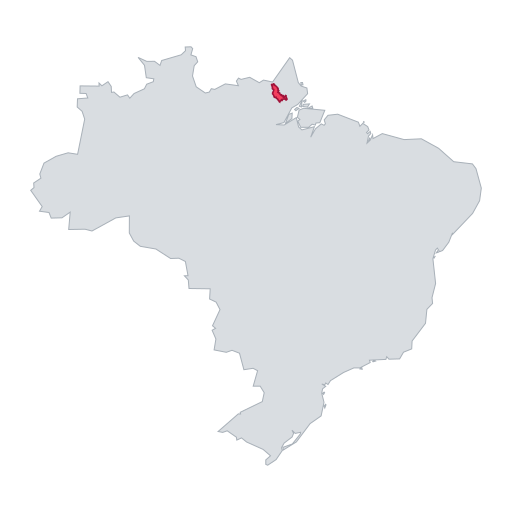 location of Pedra Branca do Amapari, Amapá, Brazil
{"feature_id": "56859067B11147941217560", "entity_name": "Pedra Branca do Amapari", "entity_type": "district", "adm_level": 2, "iso_a3": "BRA", "parent_name": "Brazil", "parent_adm1": "Amapá", "projection": "albers", "projection_center": [-52.393, 1.236], "detail": "fine", "context": "in_parent", "style": "filled", "palette": "rose", "viewbox_px": 512, "rotation_deg": 0, "n_neighbors": 0, "source": "geoboundaries", "source_scale": "gbopen_adm2", "svg_char_len": 6999}
<svg xmlns="http://www.w3.org/2000/svg" viewBox="0 0 512 512"><path d="M113.9,92.0L119.9,97.2L127.5,94.9L129.8,98.2L134.1,93.5L144.4,88.8L146.7,84.2L153.3,81.7L153.8,78.8L146.3,77.7L144.5,65.3L138.1,57.4L146.8,61.4L154.5,61.3L160.0,65.4L161.7,60.5L181.2,54.8L185.5,50.7L185.2,47.0L191.0,46.8L192.7,48.6L190.9,54.9L196.0,56.7L197.7,61.8L194.2,65.7L192.5,76.0L196.2,86.8L205.3,93.0L209.3,92.1L211.3,88.7L214.8,89.4L225.3,83.9L238.4,85.7L236.4,81.1L238.5,78.1L241.1,79.4L249.7,77.3L259.3,82.7L263.5,80.1L272.6,82.0L289.7,57.7L292.5,60.2L298.3,82.6L301.2,86.1L306.9,88.0L307.6,93.7L297.8,104.4L291.8,107.9L283.9,122.6L276.0,124.6L284.2,125.0L296.3,117.6L298.6,127.0L301.9,129.9L314.4,126.7L310.7,137.2L315.5,128.8L321.3,123.9L324.1,125.3L325.4,123.8L324.2,119.9L328.0,115.3L337.7,114.2L358.4,122.2L359.9,126.3L362.8,123.4L367.7,126.6L369.0,130.0L366.5,132.5L367.6,133.7L370.2,131.4L370.8,133.6L368.5,136.0L367.0,143.2L370.2,140.2L372.6,134.8L373.0,138.6L382.3,133.6L404.1,139.6L421.4,138.8L438.6,148.3L453.7,161.7L472.4,163.9L476.0,168.7L481.3,188.1L479.6,200.7L472.6,213.4L452.6,234.4L452.5,232.8L448.8,242.2L442.6,250.5L439.6,251.7L437.3,248.1L435.5,250.0L432.9,258.8L435.6,283.5L432.0,297.7L432.6,303.4L426.9,309.3L425.5,323.3L412.1,341.0L411.7,348.9L403.5,352.2L399.6,358.9L389.0,359.2L386.7,356.7L385.9,359.4L369.4,360.2L370.2,362.5L359.9,367.9L353.9,367.9L343.5,372.5L330.5,380.6L328.0,384.5L325.7,383.0L324.8,384.8L321.8,384.0L325.7,386.3L322.6,388.8L321.7,393.1L324.0,402.3L321.1,415.9L310.1,423.6L296.4,441.9L283.3,450.0L283.0,447.3L292.3,444.0L300.3,434.0L300.6,432.3L295.2,433.4L292.0,430.2L293.6,433.3L292.1,437.0L284.1,443.1L281.5,447.8L282.3,450.5L276.1,459.6L267.7,465.2L265.8,464.4L265.8,459.9L270.5,455.8L263.1,449.4L246.6,442.0L241.5,437.9L236.8,440.1L236.4,437.2L227.2,430.8L222.7,432.4L218.1,431.5L238.3,413.9L240.6,414.0L240.2,412.3L262.3,401.6L264.2,392.7L260.2,386.2L253.2,386.2L257.6,370.7L253.1,368.3L243.9,369.7L239.5,353.2L232.0,350.3L226.3,352.3L214.1,349.9L215.9,339.0L212.1,330.2L215.6,328.3L212.5,325.8L220.0,309.6L216.1,302.1L209.6,299.0L210.2,288.8L189.0,288.5L188.3,280.0L184.4,275.8L188.0,275.7L185.4,261.5L178.8,258.2L170.6,258.5L155.9,249.0L140.3,246.3L133.7,241.1L129.3,233.0L129.4,215.9L115.8,217.9L92.0,231.0L85.0,229.2L68.7,229.5L70.2,212.1L62.0,217.8L51.2,218.1L49.0,212.5L39.5,211.2L42.2,206.6L30.7,190.3L34.0,187.6L33.7,183.0L40.9,178.2L39.8,174.0L44.0,163.1L56.1,156.3L68.1,152.8L77.6,154.3L84.7,119.1L82.1,111.3L77.2,107.0L77.5,98.8L87.8,98.0L86.1,93.5L79.9,93.3L80.1,85.9L99.1,86.1L99.0,83.0L101.9,85.8L108.0,81.7L111.2,86.4L111.5,92.4L113.9,92.0ZM303.6,108.3L324.8,110.3L319.8,122.7L316.0,123.0L315.3,125.1L312.1,124.2L308.7,127.3L300.7,127.3L297.8,121.1L299.9,119.5L297.4,117.3L299.1,110.1L303.6,108.3ZM285.5,123.3L288.8,114.4L292.2,113.1L291.9,118.6L285.5,123.3ZM309.5,103.9L307.4,107.2L302.6,106.4L303.4,104.3L309.5,103.9ZM302.2,100.2L301.4,107.0L299.3,106.3L302.2,100.2ZM312.8,108.2L309.8,108.6L308.4,108.0L312.1,106.0L312.8,108.2ZM299.0,108.4L295.9,110.7L294.6,109.5L296.9,107.5L299.0,108.4ZM304.7,102.4L303.2,101.0L305.8,99.7L306.0,101.0L304.7,102.4ZM303.0,84.8L301.2,85.1L300.8,82.6L302.5,82.5L303.0,84.8ZM324.8,408.0L324.1,406.1L325.6,404.3L326.0,404.8L324.8,408.0ZM361.7,367.2L362.2,369.3L360.0,368.9L361.7,367.2ZM323.6,394.4L322.6,393.3L324.1,392.1L324.6,392.6L323.6,394.4ZM369.7,138.7L368.4,141.3L369.7,137.6L369.7,138.7ZM438.4,252.2L436.3,252.9L437.6,250.9L438.4,252.2ZM375.4,361.1L373.1,361.8L372.7,361.4L374.0,360.4L375.4,361.1ZM434.9,256.7L434.1,258.0L433.6,257.2L434.9,256.7ZM363.9,121.1L364.0,122.5L363.4,122.3L363.9,121.1Z" fill="#d9dde1" stroke="#a8b0b8" stroke-width="1"/><path d="M278.2,91.0L278.2,90.9L278.2,90.7L278.4,90.6L278.2,90.5L278.3,90.4L278.2,90.3L278.2,90.2L278.1,90.3L278.1,90.2L278.1,89.8L278.0,89.7L278.0,89.4L277.9,89.1L278.0,88.9L278.0,88.7L277.9,88.6L277.9,88.3L277.7,88.3L277.7,88.2L277.8,88.1L277.7,88.0L277.4,87.9L277.4,87.7L277.3,87.4L277.1,87.2L276.9,87.1L276.8,86.9L276.7,86.7L276.4,86.5L276.2,86.3L276.1,86.2L275.9,86.0L275.8,85.9L275.7,85.9L275.4,85.7L275.2,85.6L274.8,85.5L274.8,85.3L274.6,85.0L274.7,84.8L274.7,84.7L274.5,84.4L274.4,84.3L274.2,84.2L273.9,84.0L273.7,83.8L273.4,83.8L273.3,84.0L273.4,84.5L273.1,84.8L273.0,84.7L272.8,84.7L272.6,84.7L272.4,84.7L272.2,84.6L272.2,84.4L271.9,84.3L271.7,84.4L271.5,84.7L271.6,84.9L271.6,85.1L271.7,85.3L271.9,85.6L271.9,85.8L272.0,85.9L272.3,86.2L272.2,86.3L272.1,86.5L272.2,86.9L272.3,86.9L272.5,87.4L272.5,87.6L272.4,87.6L272.4,87.8L272.3,88.1L272.3,88.4L272.3,88.6L272.4,88.8L272.5,89.0L272.8,89.2L273.1,89.2L273.4,89.2L273.6,89.3L273.8,89.6L273.8,89.8L273.7,90.2L273.7,90.5L273.5,91.1L273.2,91.5L273.0,91.9L273.0,92.1L273.0,92.4L273.0,92.5L272.8,92.5L272.7,92.6L272.5,93.2L272.6,93.4L272.6,94.0L272.9,94.2L273.2,94.4L273.3,94.5L273.5,95.0L273.6,95.3L273.6,95.5L273.7,95.9L274.0,96.1L274.2,96.3L274.1,96.6L274.2,96.8L274.2,97.0L274.3,97.0L274.4,96.9L274.5,96.9L274.8,97.0L275.1,97.2L275.0,97.5L275.3,97.6L275.7,97.5L275.9,97.5L276.1,97.4L276.1,97.5L276.1,97.9L276.3,98.1L276.5,98.3L276.6,98.5L276.8,98.5L277.0,98.5L277.3,98.7L277.5,99.0L277.9,99.2L277.9,99.3L277.8,99.5L278.0,99.7L278.1,99.9L278.3,100.1L278.3,100.4L278.6,100.5L278.9,100.7L278.8,100.9L278.9,101.1L279.1,101.3L279.2,101.6L279.3,101.7L279.3,101.8L279.6,102.0L279.6,101.9L279.9,101.8L280.0,101.5L280.1,101.3L280.3,101.2L280.5,101.0L280.6,100.8L280.7,100.6L280.8,100.5L280.9,100.3L281.0,100.3L281.1,100.2L281.3,100.3L281.4,100.2L281.5,100.1L281.5,99.9L281.6,99.7L281.7,99.8L281.7,99.7L281.8,99.7L282.0,99.7L282.0,99.8L282.1,99.7L282.3,99.8L282.3,99.7L282.4,99.4L282.5,99.3L282.9,99.4L283.1,99.3L283.2,99.2L283.4,99.1L283.8,99.0L284.0,99.0L284.4,99.1L284.5,99.0L284.9,99.0L285.0,98.9L285.1,99.0L285.3,99.3L285.4,99.2L285.6,99.3L285.7,99.1L285.8,99.1L285.9,99.3L285.9,99.5L286.0,99.7L286.2,99.4L286.4,99.4L286.4,99.5L286.4,99.9L286.5,99.9L286.8,99.5L286.7,99.4L286.8,99.3L286.8,99.1L287.0,99.0L286.9,98.8L286.9,98.6L286.7,98.3L286.5,98.2L286.5,97.8L286.4,97.7L286.4,97.4L286.1,97.1L286.1,96.9L285.9,96.9L285.7,96.7L285.6,96.3L285.8,96.2L286.0,96.0L286.1,95.9L286.1,95.7L285.9,95.6L285.9,95.8L285.6,95.8L285.4,95.9L285.4,96.0L284.7,96.3L284.5,96.5L284.4,96.7L284.4,96.8L284.3,97.2L284.1,97.2L284.0,97.3L283.9,97.2L283.7,97.1L283.3,97.2L283.1,97.1L283.0,96.9L283.2,96.7L283.1,96.4L283.2,96.1L283.3,96.0L283.4,95.8L283.4,95.7L283.2,95.5L282.8,95.4L282.7,95.4L282.6,95.5L282.4,95.7L282.0,95.4L281.9,95.5L281.8,95.4L281.6,95.4L281.5,95.5L281.4,95.4L281.4,95.2L281.2,95.1L281.3,95.0L281.3,94.9L281.3,94.7L281.2,94.7L281.1,94.8L280.9,94.9L280.6,94.7L280.6,94.8L280.5,94.7L280.4,94.7L280.3,94.4L280.2,94.4L280.1,94.2L280.0,93.9L279.9,93.9L279.7,93.9L279.5,93.7L279.4,93.5L279.4,93.4L279.5,93.4L279.5,93.2L279.4,93.2L279.2,93.1L279.3,92.9L279.2,92.9L279.2,93.0L279.1,92.9L278.9,92.8L279.0,92.8L278.8,92.7L278.7,92.6L278.4,92.5L278.5,92.4L278.5,92.2L278.4,92.3L278.0,92.2L278.2,91.9L278.3,91.7L278.5,91.3L278.5,91.2L278.4,91.2L278.2,91.0L278.2,91.0Z" fill="#f43f5e" stroke="#9f1239" stroke-width="1.5"/></svg>